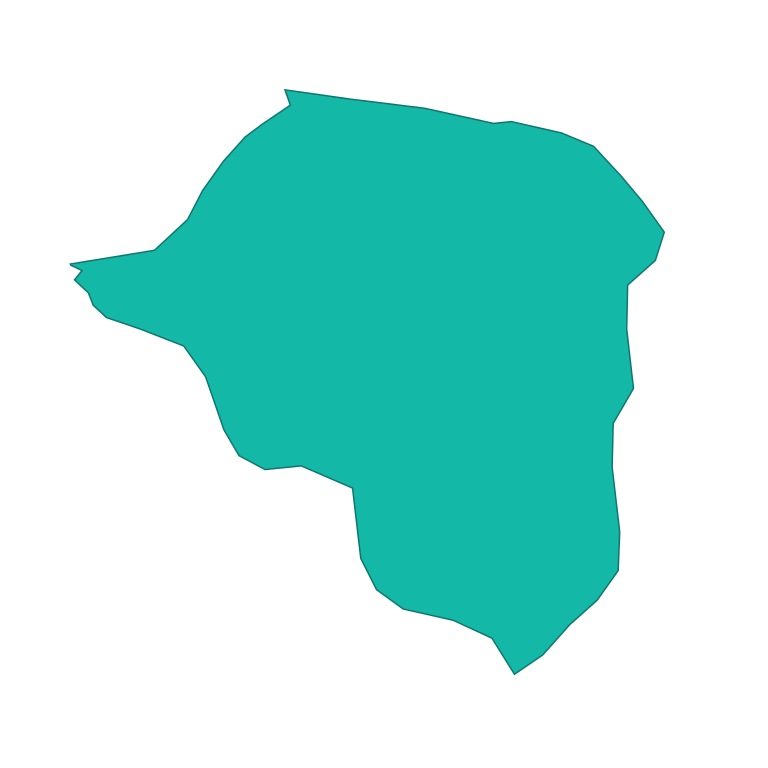 the district of Tongrim, P'yŏngan-bukto, North Korea, rotated 83°
{"feature_id": "82179303B24369360194646", "entity_name": "Tongrim", "entity_type": "district", "adm_level": 2, "iso_a3": "PRK", "parent_name": "North Korea", "parent_adm1": "P'yŏngan-bukto", "projection": "albers", "projection_center": [124.812, 39.902], "detail": "fine", "context": "isolated", "style": "filled", "palette": "teal", "viewbox_px": 768, "rotation_deg": 83, "n_neighbors": 0, "source": "geoboundaries", "source_scale": "gbopen_adm2", "svg_char_len": 825}
<svg xmlns="http://www.w3.org/2000/svg" viewBox="0 0 768 768"><g transform="rotate(83 384 384)"><path d="M226.7,680.7L228.0,680.3L234.6,669.9L242.9,678.5L257.5,666.3L270.4,663.0L284.2,651.4L299.2,620.3L321.9,578.1L355.1,560.2L382.5,554.3L409.9,548.5L437.5,536.6L454.4,512.5L455.2,476.1L483.5,427.9L516.2,428.1L554.4,428.3L587.3,416.4L609.7,392.3L627.0,344.0L649.5,307.8L688.0,289.9L672.3,259.5L661.6,247.3L645.6,229.1L624.5,198.7L597.7,174.3L559.7,168.1L532.5,167.9L494.4,167.7L451.0,161.3L418.8,136.9L391.6,136.7L358.9,136.4L315.5,130.1L294.4,99.6L267.5,87.3L234.4,105.2L206.8,123.1L173.6,147.1L156.5,177.2L139.1,225.5L138.7,243.6L115.3,310.0L97.2,382.5L80.0,446.4L95.8,443.0L111.4,473.4L121.9,491.7L143.2,516.1L169.9,540.5L196.8,558.9L223.3,595.5L226.7,680.7Z" fill="#14b8a6" stroke="#0f766e" stroke-width="1.5"/></g></svg>